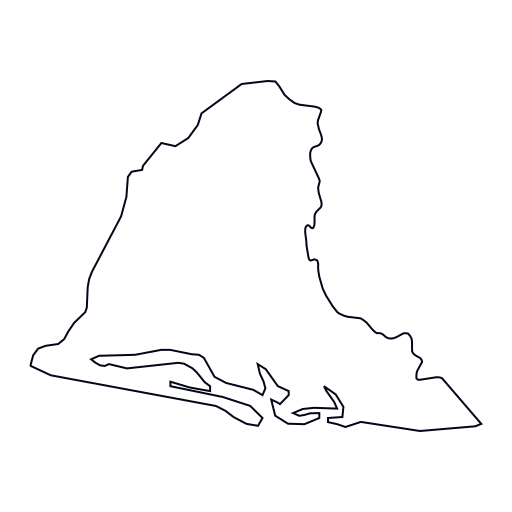 the Department of Usulután
{"feature_id": "SLV-1354", "entity_name": "Usulután", "entity_type": "Department", "adm_level": 1, "iso_a3": "SLV", "parent_name": "El Salvador", "parent_adm1": "", "projection": "mercator", "projection_center": [-88.42, 13.427], "detail": "fine", "context": "isolated", "style": "outline", "palette": "ink", "viewbox_px": 512, "rotation_deg": 0, "n_neighbors": 0, "source": "natural_earth", "source_scale": "10m", "svg_char_len": 2790}
<svg xmlns="http://www.w3.org/2000/svg" viewBox="0 0 512 512"><path d="M481.3,423.9L475.2,426.3L420.0,431.0L360.8,421.9L345.4,427.0L337.3,424.2L328.0,422.1L328.0,418.0L342.4,417.0L343.4,406.9L335.7,394.4L324.0,386.2L326.6,391.3L334.2,402.0L337.1,408.6L314.0,407.8L302.7,409.0L293.1,413.1L299.2,415.8L304.2,415.0L310.2,413.3L319.3,413.1L319.3,418.0L304.4,424.2L288.0,423.7L275.2,415.7L271.2,399.6L277.5,402.5L280.0,404.1L288.7,395.1L288.7,391.1L277.8,386.1L265.8,369.2L257.7,364.1L259.9,373.6L263.5,381.4L265.4,388.3L262.5,395.1L253.2,389.8L226.2,383.0L214.5,376.8L203.9,357.9L199.0,354.8L191.5,354.2L170.4,349.9L161.0,349.9L135.1,354.8L99.0,355.8L91.1,359.3L95.4,362.7L100.0,365.3L104.7,366.0L108.9,364.1L127.0,368.4L178.3,362.8L184.0,363.7L192.3,368.2L196.8,372.4L204.7,382.2L210.1,386.2L210.1,391.1L198.1,389.0L189.4,387.4L170.4,381.7L170.4,386.2L222.8,397.0L250.2,405.9L262.5,418.0L258.0,425.8L246.6,423.9L233.8,417.2L225.4,410.8L216.0,406.0L50.8,375.3L31.1,366.1L30.7,365.8L30.7,364.5L33.2,355.3L38.1,348.6L45.7,345.8L58.2,344.0L64.2,339.1L68.1,331.8L74.1,322.9L85.3,312.1L86.8,307.6L87.7,287.2L89.2,278.9L91.9,271.9L121.1,216.3L126.4,196.9L127.9,176.9L131.6,171.7L142.1,169.9L143.0,165.8L161.4,143.0L175.4,146.2L188.3,138.0L197.8,125.0L201.5,113.4L241.6,84.0L267.7,81.0L275.4,81.5L279.3,86.4L284.6,94.9L289.0,99.0L294.5,103.0L299.5,104.7L315.1,106.7L319.0,107.9L321.2,109.6L321.1,111.5L318.1,120.0L317.7,121.9L317.7,123.8L319.0,129.4L320.8,134.0L321.6,136.7L322.0,139.1L321.7,140.8L321.1,142.5L320.2,143.8L319.1,145.0L317.7,145.7L314.2,146.9L312.7,147.7L311.7,148.9L311.0,150.3L310.4,152.0L310.1,154.0L310.3,157.9L310.5,159.8L311.0,161.6L318.7,178.0L319.6,180.4L319.6,182.0L318.2,187.1L318.3,189.8L318.8,193.2L321.4,201.9L321.6,204.4L321.4,205.9L320.6,207.5L317.1,210.9L316.1,212.1L315.2,213.7L314.7,215.3L314.5,217.3L314.6,221.3L314.3,225.5L313.7,227.1L312.8,228.2L311.6,228.0L310.6,227.3L309.7,226.2L309.0,225.6L308.1,225.2L306.9,225.6L305.9,226.8L305.3,228.4L305.2,230.4L305.2,232.4L306.3,241.2L306.5,245.4L308.5,257.5L309.3,259.7L310.1,260.4L311.3,260.4L314.2,259.3L316.9,260.2L317.8,261.9L318.2,263.9L318.1,268.2L318.5,272.1L319.4,277.1L322.8,288.9L326.2,295.9L332.7,306.3L337.2,312.0L338.3,312.9L339.7,313.8L344.5,315.9L347.9,316.8L360.5,318.3L363.3,320.0L366.6,322.6L372.3,329.4L374.9,331.9L376.8,333.2L378.4,333.1L380.2,333.2L381.8,333.8L383.2,334.7L385.6,336.8L387.0,337.7L388.6,338.2L390.4,338.6L392.2,338.4L394.0,338.1L397.3,336.7L403.3,333.4L405.3,333.2L408.0,333.5L410.1,335.9L411.2,337.8L411.8,339.9L412.0,341.8L412.1,351.5L413.6,353.9L416.1,355.8L420.3,358.1L421.7,360.1L422.1,361.9L417.3,370.7L416.7,372.8L416.4,375.0L416.4,378.2L417.6,379.5L419.2,379.9L436.6,377.2L438.6,377.3L440.4,377.6L442.1,378.3L481.3,423.9Z" fill="none" stroke="#020617" stroke-width="2"/></svg>